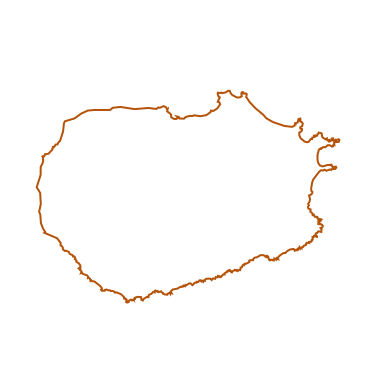 Nossa Senhora Da Luz, Maio, Cabo Verde, rotated 80°
{"feature_id": "66160863B67599039999674", "entity_name": "Nossa Senhora Da Luz", "entity_type": "district", "adm_level": 2, "iso_a3": "CPV", "parent_name": "Cabo Verde", "parent_adm1": "Maio", "projection": "orthographic", "projection_center": [-23.146, 15.227], "detail": "fine", "context": "isolated", "style": "outline", "palette": "amber", "viewbox_px": 384, "rotation_deg": 80, "n_neighbors": 0, "source": "geoboundaries", "source_scale": "gbopen_adm2", "svg_char_len": 5950}
<svg xmlns="http://www.w3.org/2000/svg" viewBox="0 0 384 384"><g transform="rotate(80 192 192)"><path d="M272.3,126.1L273.5,123.6L272.9,123.6L273.0,122.4L272.0,122.4L272.5,121.7L271.6,120.0L272.4,119.3L272.4,119.7L272.8,119.8L272.4,119.2L272.7,118.9L271.6,119.0L269.7,116.4L268.0,112.6L268.3,110.6L266.7,108.5L265.6,105.3L265.8,101.7L267.7,100.9L267.0,99.4L267.6,98.8L266.6,98.0L267.1,97.4L265.8,96.9L265.7,96.1L266.3,95.7L265.4,95.5L266.3,95.1L265.9,94.6L266.6,93.8L265.5,93.3L265.3,91.9L264.4,91.4L263.8,88.8L263.3,88.8L263.7,88.6L262.8,88.7L262.0,87.8L262.6,85.4L261.5,85.3L261.7,83.5L260.4,82.7L260.8,82.4L259.7,81.3L257.3,81.1L257.5,80.2L256.5,79.5L257.9,76.8L257.2,76.6L255.7,78.0L255.1,77.8L254.0,76.7L254.2,75.9L252.6,74.4L253.8,71.6L251.4,71.0L249.7,71.6L249.7,69.9L248.0,69.0L246.6,69.9L245.7,72.5L245.2,71.8L244.7,72.6L244.4,72.1L243.5,72.7L243.2,71.8L242.6,72.1L242.6,71.1L242.1,71.5L242.3,70.3L241.5,69.3L241.1,69.9L241.5,71.4L240.6,71.4L239.4,73.1L238.2,73.0L237.7,75.4L235.5,76.0L235.7,77.2L233.9,77.1L231.9,78.9L229.8,78.2L228.4,80.3L226.6,80.3L225.4,79.2L223.8,79.7L221.9,77.9L219.5,77.0L215.7,77.3L215.1,74.9L213.7,73.6L212.9,73.4L211.5,74.3L209.0,74.0L203.3,71.9L200.7,70.4L194.0,63.1L193.0,61.1L193.6,59.2L193.0,57.8L194.4,55.9L193.7,52.2L194.5,51.1L193.7,50.3L194.2,47.1L193.0,45.6L192.0,45.9L191.8,49.2L190.3,49.6L189.8,50.6L189.3,50.3L189.0,53.8L189.5,58.9L188.0,61.5L185.0,62.7L182.1,62.8L177.4,62.0L172.6,59.8L171.8,58.9L172.1,57.6L171.2,57.2L171.4,56.3L170.6,55.3L171.0,52.7L169.5,50.3L169.8,48.4L171.7,46.0L171.5,45.2L170.5,44.9L170.7,43.6L168.4,43.6L167.8,42.3L168.1,38.8L166.2,37.8L165.5,38.5L165.9,41.0L166.7,41.6L166.5,42.8L166.0,42.6L166.3,43.2L165.7,43.4L166.2,43.5L165.6,44.2L163.8,43.8L163.6,45.0L165.6,46.0L166.2,48.2L165.2,49.0L164.5,48.3L164.4,49.7L163.4,49.9L163.4,50.4L162.7,50.1L163.0,51.7L161.3,53.6L160.1,54.2L156.8,54.1L155.5,56.8L156.8,57.8L156.8,58.4L158.2,58.9L158.5,60.5L157.6,61.0L157.7,62.1L159.1,62.0L159.3,63.8L158.6,63.9L160.7,64.6L160.5,65.9L162.9,68.5L162.8,70.6L162.0,72.2L158.1,75.6L154.8,76.5L152.1,76.0L151.3,73.8L150.0,72.8L149.1,72.7L148.5,74.2L147.0,74.2L146.3,72.1L143.9,71.0L142.0,71.9L140.6,74.3L139.9,74.1L139.7,72.7L138.5,72.6L138.7,74.5L142.0,76.0L142.1,77.7L143.1,78.1L142.5,78.6L144.6,79.6L145.2,82.2L143.0,89.5L137.3,100.0L132.3,106.0L128.3,108.4L120.7,114.8L114.0,119.3L107.9,122.1L105.2,121.1L104.3,121.7L104.2,123.7L103.2,124.1L103.4,124.7L102.5,124.7L102.5,125.6L103.8,126.4L106.3,126.3L107.0,127.9L107.0,130.3L106.1,132.2L103.5,135.5L101.5,136.7L98.9,137.3L98.6,138.7L99.8,141.7L99.9,145.1L99.2,145.8L99.4,147.1L98.7,149.3L99.9,149.7L102.8,149.2L103.6,148.2L107.6,151.0L108.5,149.4L110.6,149.1L114.1,152.6L115.9,156.9L115.1,159.2L116.6,159.9L118.8,164.6L118.8,170.5L116.8,176.9L117.3,178.2L116.7,180.7L117.0,185.1L118.4,187.2L117.4,191.6L115.9,191.9L115.0,193.8L116.5,192.9L117.3,194.6L117.1,196.5L116.1,198.1L114.5,199.6L112.6,199.1L111.1,199.8L108.2,202.5L105.9,201.5L106.2,202.2L104.0,202.9L102.5,205.1L103.5,209.0L102.9,210.5L104.0,212.8L101.7,220.2L100.4,234.1L95.8,247.7L95.3,255.5L97.0,258.3L94.3,273.8L93.7,280.4L95.5,287.4L99.1,294.8L100.3,304.9L102.2,306.2L110.1,308.5L118.8,313.1L119.6,314.7L121.8,316.3L121.6,318.1L123.3,319.4L123.4,321.0L124.2,320.8L124.9,322.0L125.9,322.1L129.4,326.7L129.3,330.0L129.8,330.0L130.6,331.5L130.7,330.9L131.1,332.3L131.4,331.9L131.7,332.4L131.4,332.8L135.3,333.1L138.0,334.3L140.9,336.6L148.9,338.1L160.3,344.1L166.6,341.7L177.6,343.0L185.0,346.0L188.0,345.3L196.4,346.2L202.4,345.0L205.9,343.5L206.5,344.5L214.1,332.9L219.3,330.2L221.8,330.7L222.3,329.8L224.1,328.9L226.1,329.1L228.0,327.4L227.9,326.4L229.6,323.7L231.7,323.2L233.3,320.8L234.8,320.3L234.5,319.9L235.7,318.7L237.1,318.4L237.8,319.0L239.5,317.7L240.6,318.0L242.6,315.9L244.7,314.8L246.8,314.9L247.3,316.3L247.7,315.4L248.6,315.3L248.9,316.1L251.0,314.6L252.2,314.7L252.1,315.1L252.6,315.4L252.4,314.3L253.7,313.7L255.9,309.8L257.5,308.9L258.7,309.4L258.6,308.7L259.4,307.6L262.0,307.4L261.5,306.4L262.4,306.0L263.2,303.6L268.8,298.6L271.1,297.5L272.2,297.6L272.4,298.5L273.5,298.1L274.1,295.1L273.3,294.7L273.2,293.1L274.3,291.5L274.5,289.9L275.3,289.3L275.8,287.0L277.0,285.4L277.6,285.4L277.9,283.5L280.4,279.6L283.7,277.2L285.0,277.4L285.1,276.3L286.2,275.3L286.6,275.9L287.6,275.1L288.6,275.3L288.9,275.9L289.6,275.2L289.4,273.5L288.2,273.1L287.3,271.0L288.4,269.9L287.8,268.8L288.3,268.3L287.7,268.4L287.6,267.5L286.6,267.0L287.1,266.4L286.1,265.9L285.8,263.7L286.7,260.4L289.5,260.5L290.3,259.3L289.0,258.3L287.5,254.7L288.0,253.1L285.9,252.5L285.1,249.4L283.8,247.9L284.3,246.4L283.6,246.6L282.6,245.2L283.5,244.3L283.5,243.2L284.2,243.4L284.8,242.6L284.5,239.6L285.4,239.5L286.5,238.0L287.2,238.1L288.0,236.6L288.0,237.1L288.8,234.3L288.3,234.3L287.3,231.8L288.1,231.3L287.4,230.8L288.3,230.7L287.5,230.2L287.8,229.8L286.5,230.2L284.7,228.1L284.6,223.1L283.3,219.8L283.8,218.7L283.2,217.8L283.5,217.1L282.7,216.6L283.6,215.3L282.4,214.6L282.9,214.0L281.5,210.5L281.6,209.4L282.7,208.5L283.7,207.9L284.4,208.2L281.8,205.1L282.1,203.3L281.2,203.0L281.7,201.4L280.3,200.1L280.4,198.7L281.4,198.5L281.4,197.7L281.9,197.6L281.3,196.6L282.1,196.3L281.3,195.8L281.6,195.0L281.2,195.1L279.9,193.0L280.5,189.1L282.1,187.9L281.5,187.3L282.1,186.8L281.5,187.0L280.8,186.2L281.5,184.2L279.9,183.4L280.5,181.6L279.1,181.0L280.1,178.8L280.7,179.1L280.9,178.5L278.6,175.7L278.9,174.2L277.7,174.0L276.7,171.0L276.2,171.3L275.3,169.3L275.6,168.2L276.4,168.4L276.6,167.5L277.3,167.6L278.1,166.7L276.8,165.3L276.6,163.9L276.1,163.5L276.9,162.4L276.4,162.3L276.4,161.4L277.8,160.5L277.0,159.5L277.3,158.1L274.9,157.3L274.9,156.1L273.0,154.9L272.4,153.6L273.0,153.3L271.8,152.3L272.1,151.5L271.0,147.7L269.7,147.7L269.3,147.1L269.7,143.6L268.7,143.4L267.5,141.7L267.6,139.7L266.1,135.4L266.7,132.4L268.1,131.0L269.1,131.2L268.5,130.8L268.9,130.2L267.9,130.2L267.7,129.4L268.7,128.3L272.3,127.8L272.9,127.0L272.3,126.1Z" fill="none" stroke="#b45309" stroke-width="2"/></g></svg>